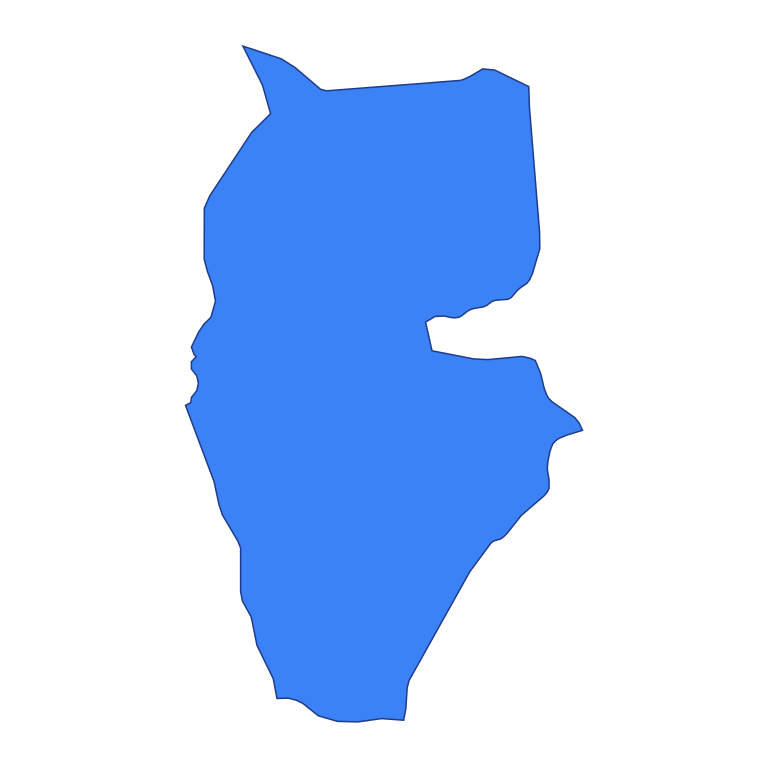 SVG path tracing the border of Tartus
{"feature_id": "SYR-135", "entity_name": "Tartus", "entity_type": "Province", "adm_level": 1, "iso_a3": "SYR", "parent_name": "Syria", "parent_adm1": "", "projection": "robinson", "projection_center": [36.109, 34.945], "detail": "fine", "context": "isolated", "style": "filled", "palette": "blue", "viewbox_px": 768, "rotation_deg": 0, "n_neighbors": 0, "source": "natural_earth", "source_scale": "10m", "svg_char_len": 1583}
<svg xmlns="http://www.w3.org/2000/svg" viewBox="0 0 768 768"><path d="M357.9,721.9L337.6,721.4L318.3,715.8L302.7,703.3L296.2,700.2L288.3,698.1L277.0,698.5L273.2,678.6L257.0,645.4L251.2,616.9L242.5,601.2L240.6,591.7L240.6,548.0L238.0,541.4L222.4,514.9L218.9,504.2L214.1,481.7L185.5,405.4L190.8,402.6L191.4,397.5L196.8,390.6L198.4,383.3L196.8,375.9L191.4,369.0L191.4,361.7L195.9,357.0L196.2,356.4L194.2,354.7L191.4,347.1L198.6,332.1L203.8,324.3L210.9,317.3L215.5,301.1L212.6,285.6L207.4,271.3L204.2,259.2L204.3,208.2L209.9,195.6L251.8,132.2L270.6,113.7L262.5,85.1L242.9,46.1L243.2,46.2L281.2,58.8L294.9,67.4L320.6,89.3L326.8,90.8L460.4,80.4L464.0,79.2L470.4,76.2L482.7,68.9L494.6,70.0L528.8,86.6L529.4,106.8L539.6,232.4L539.8,248.8L532.5,273.4L529.7,279.6L526.7,283.5L520.6,287.6L517.4,290.4L511.4,297.4L507.9,299.3L495.4,300.3L491.8,301.6L486.3,305.7L482.8,307.0L474.8,308.3L471.1,309.3L467.9,310.9L462.4,315.2L459.5,317.0L456.0,317.8L452.2,317.7L443.9,316.0L434.9,316.5L425.6,322.1L432.0,350.8L473.6,358.9L487.9,359.6L522.2,356.4L530.0,358.2L535.3,360.5L540.7,373.7L544.3,388.6L546.9,395.4L548.7,398.4L552.1,401.8L574.9,417.7L579.2,423.1L582.5,430.3L566.2,435.3L559.3,438.2L556.4,440.2L555.1,441.3L552.7,444.0L551.5,447.0L550.0,451.3L548.0,460.7L547.5,465.5L547.3,469.2L549.0,479.4L549.1,486.6L548.9,488.8L547.2,492.0L544.3,495.6L521.2,515.5L507.3,533.1L503.6,536.8L500.6,539.0L494.8,540.6L493.1,541.4L491.7,542.5L490.5,543.7L469.9,571.5L409.1,680.4L407.2,687.7L405.8,708.9L403.7,719.9L403.7,720.2L381.5,718.6L357.9,721.9Z" fill="#3b82f6" stroke="#1e3a8a" stroke-width="1.5"/></svg>